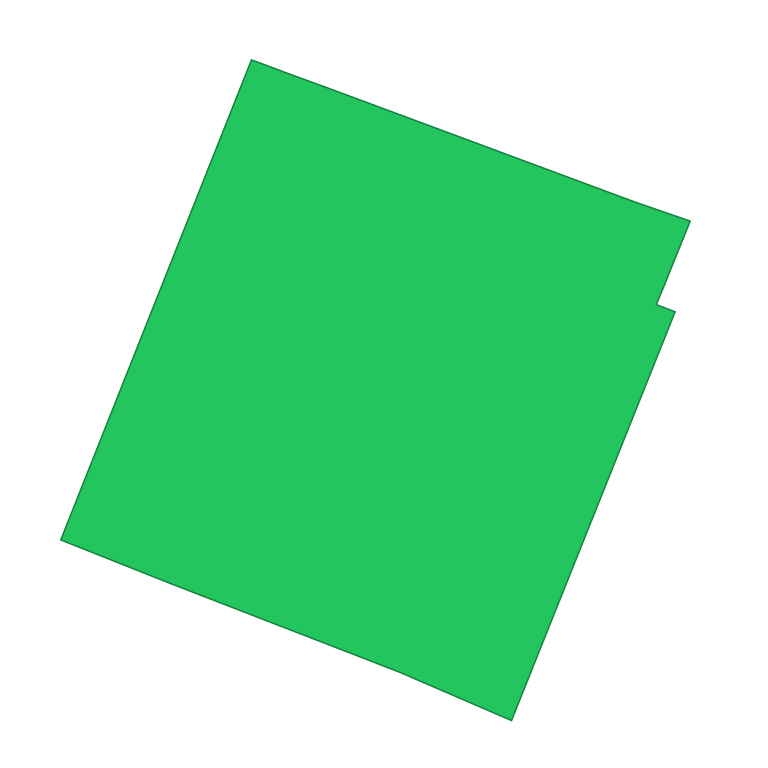 the district of Hillsdale, Michigan, United States of America, rotated 202°
{"feature_id": "52423323B70338109854849", "entity_name": "Hillsdale", "entity_type": "district", "adm_level": 2, "iso_a3": "USA", "parent_name": "United States of America", "parent_adm1": "Michigan", "projection": "mercator", "projection_center": [-84.638, 41.885], "detail": "fine", "context": "isolated", "style": "filled", "palette": "green", "viewbox_px": 768, "rotation_deg": 202, "n_neighbors": 0, "source": "geoboundaries", "source_scale": "gbopen_adm2", "svg_char_len": 411}
<svg xmlns="http://www.w3.org/2000/svg" viewBox="0 0 768 768"><g transform="rotate(202 384 384)"><path d="M587.3,636.0L590.5,635.9L628.2,634.9L628.3,634.9L625.3,118.3L505.1,119.0L262.3,122.6L139.7,119.7L141.1,560.0L147.6,559.9L161.3,559.6L161.0,583.7L161.1,591.4L161.1,598.0L161.1,615.4L161.1,633.7L161.1,649.7L219.9,646.7L546.9,637.4L587.3,636.0Z" fill="#22c55e" stroke="#15803d" stroke-width="1.5"/></g></svg>